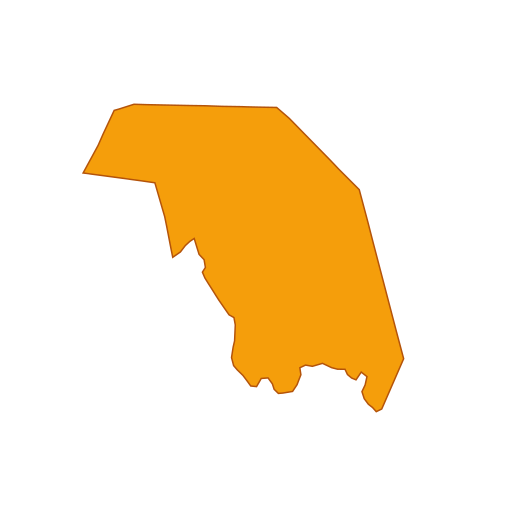 the district of Pombos, Pernambuco, Brazil, rotated 335°
{"feature_id": "56859067B12848074206663", "entity_name": "Pombos", "entity_type": "district", "adm_level": 2, "iso_a3": "BRA", "parent_name": "Brazil", "parent_adm1": "Pernambuco", "projection": "natural_earth1", "projection_center": [-35.406, -8.189], "detail": "fine", "context": "isolated", "style": "filled", "palette": "amber", "viewbox_px": 512, "rotation_deg": 335, "n_neighbors": 0, "source": "geoboundaries", "source_scale": "gbopen_adm2", "svg_char_len": 1195}
<svg xmlns="http://www.w3.org/2000/svg" viewBox="0 0 512 512"><g transform="rotate(335 256 256)"><path d="M195.1,365.3L196.3,371.6L201.3,374.6L209.0,369.2L215.4,371.6L216.8,378.8L216.1,384.5L218.2,390.0L222.5,391.6L231.9,394.2L238.8,390.0L242.8,386.1L246.5,382.6L248.5,375.8L254.8,375.8L260.5,379.8L270.9,381.4L277.4,389.2L282.0,393.0L288.8,396.3L288.8,402.1L291.1,407.0L294.3,410.5L302.3,405.7L305.6,412.2L300.4,419.0L294.7,423.7L293.8,431.1L295.2,437.9L297.6,442.6L299.2,447.9L305.3,447.8L346.4,411.5L351.6,382.3L367.8,293.5L371.6,273.2L377.6,239.5L367.6,212.0L363.9,200.9L350.9,164.1L344.3,145.3L337.5,130.1L320.7,121.9L310.4,116.8L306.3,114.7L288.4,106.0L273.5,98.4L260.5,92.1L220.8,72.6L209.5,66.9L193.9,64.9L189.0,64.1L168.7,81.1L159.7,89.0L134.4,107.7L184.0,139.5L195.3,146.9L189.9,181.7L187.6,191.3L181.9,214.0L180.0,222.0L189.2,220.4L196.3,216.7L202.2,214.8L207.4,214.0L206.0,223.9L205.1,230.5L207.4,237.4L205.3,245.0L200.6,248.0L200.4,254.3L201.2,261.0L202.2,268.5L202.9,274.3L203.7,280.4L206.7,297.9L210.0,302.5L208.1,309.7L204.1,317.4L200.7,323.9L196.8,328.9L190.9,337.7L189.4,345.9L190.9,351.3L193.7,358.7L195.1,365.3Z" fill="#f59e0b" stroke="#b45309" stroke-width="1.5"/></g></svg>